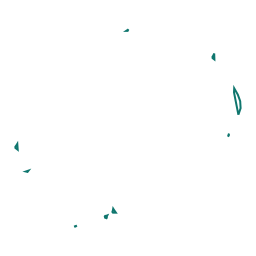 outline of Thaa
{"feature_id": "MDV-5238", "entity_name": "Thaa", "entity_type": "Atoll", "adm_level": 1, "iso_a3": "MDV", "parent_name": "Maldives", "parent_adm1": "", "projection": "albers", "projection_center": [73.162, 2.359], "detail": "fine", "context": "isolated", "style": "outline", "palette": "teal", "viewbox_px": 256, "rotation_deg": 0, "n_neighbors": 0, "source": "natural_earth", "source_scale": "10m", "svg_char_len": 800}
<svg xmlns="http://www.w3.org/2000/svg" viewBox="0 0 256 256"><path d="M234.2,88.3L237.8,94.6L239.8,100.1L240.2,101.3L240.6,108.2L238.4,114.7L238.4,114.8L234.0,92.4L234.2,88.3ZM17.3,143.9L17.7,149.7L15.4,147.9L15.4,146.7L16.3,145.5L17.3,143.9ZM113.2,208.7L113.9,209.8L115.9,212.7L113.0,212.7L112.4,211.9L112.9,210.4L113.2,208.7ZM214.2,53.5L214.4,59.4L214.4,59.5L213.6,58.9L212.6,58.1L212.5,56.8L213.4,55.4L214.2,53.5ZM107.3,215.4L106.8,216.5L106.8,217.7L106.5,218.2L105.1,217.7L104.8,216.4L105.2,215.9L106.2,215.8L107.3,215.4ZM28.5,170.6L27.5,171.9L25.9,171.5L28.5,170.6ZM128.4,29.4L127.6,30.9L126.2,30.9L128.4,29.4ZM76.8,225.6L75.6,226.5L74.8,226.5L74.1,226.6L76.8,225.6ZM229.0,133.5L228.9,133.8L228.8,135.5L228.1,136.4L228.0,136.5L229.0,133.5Z" fill="none" stroke="#0f766e" stroke-width="2"/></svg>